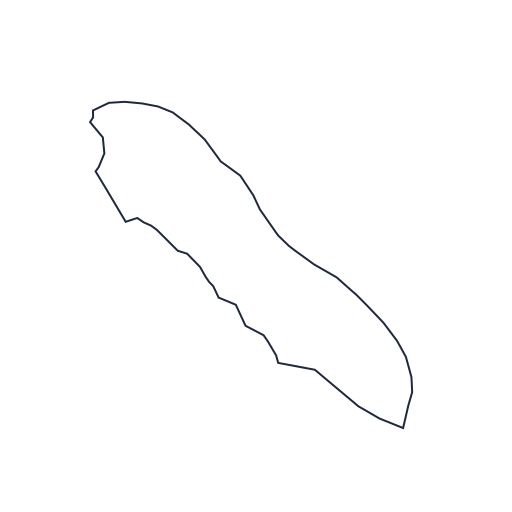 outline of Omumma, Rivers, Nigeria, rotated 301°
{"feature_id": "59680162B88302028338466", "entity_name": "Omumma", "entity_type": "district", "adm_level": 2, "iso_a3": "NGA", "parent_name": "Nigeria", "parent_adm1": "Rivers", "projection": "natural_earth1", "projection_center": [7.241, 5.083], "detail": "fine", "context": "isolated", "style": "outline", "palette": "slate", "viewbox_px": 512, "rotation_deg": 301, "n_neighbors": 0, "source": "geoboundaries", "source_scale": "gbopen_adm2", "svg_char_len": 1099}
<svg xmlns="http://www.w3.org/2000/svg" viewBox="0 0 512 512"><g transform="rotate(301 256 256)"><path d="M184.3,470.7L206.2,463.6L219.7,460.0L232.0,451.8L239.0,444.6L242.0,441.4L246.6,436.6L250.1,430.7L256.0,420.4L261.1,407.9L264.5,399.4L265.5,395.7L270.5,377.6L274.5,361.8L275.6,355.4L279.2,336.2L278.9,320.7L278.7,309.9L280.8,285.8L281.6,279.0L284.9,264.7L285.3,263.8L286.5,260.9L297.9,235.4L306.6,222.5L315.4,204.1L316.1,202.6L316.8,201.0L317.2,196.6L317.7,191.2L318.9,176.9L319.4,175.9L320.5,173.3L329.4,152.2L331.5,142.9L332.3,138.9L333.5,133.5L334.1,131.1L335.0,121.8L335.6,116.2L336.2,110.8L333.7,95.0L328.1,79.8L320.9,64.8L320.5,64.0L311.6,51.1L306.2,47.5L296.8,41.3L290.9,45.0L285.3,44.8L280.4,58.9L278.8,63.6L265.8,73.2L251.1,75.4L245.9,74.9L236.4,92.9L218.2,126.7L227.4,134.6L227.0,142.5L228.0,150.4L227.3,157.7L220.2,186.2L222.5,195.8L217.8,213.7L212.2,223.6L209.7,229.0L208.1,234.9L201.1,245.4L203.8,263.8L190.8,283.0L192.0,303.3L189.1,309.8L181.2,324.4L175.8,330.1L188.8,365.0L185.4,386.4L179.9,421.2L180.3,445.6L184.3,470.7Z" fill="none" stroke="#1e293b" stroke-width="2"/></g></svg>